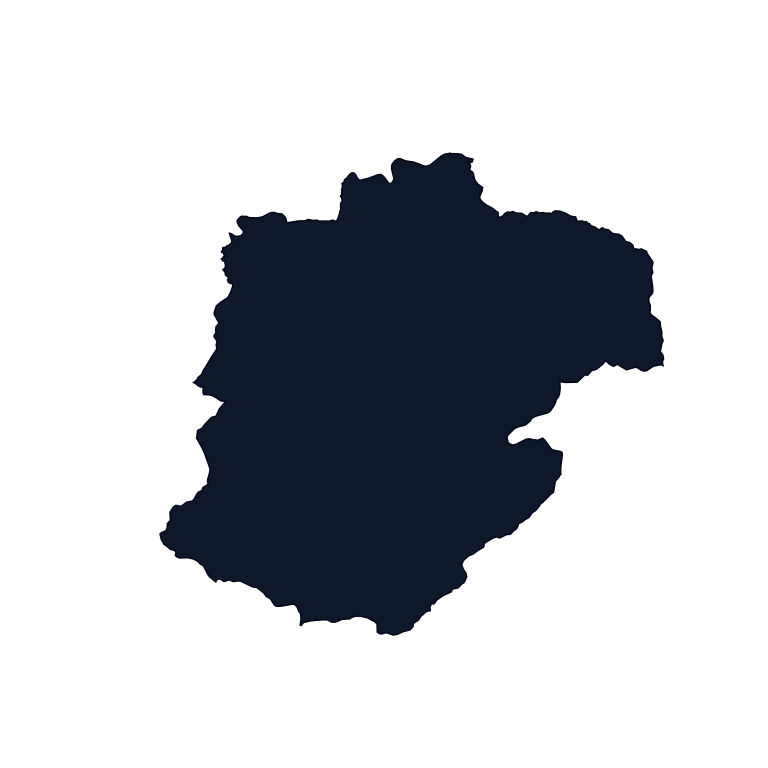 Van Ban, Lào Cai, Vietnam, rotated 306°
{"feature_id": "81297802B34365172713310", "entity_name": "Van Ban", "entity_type": "district", "adm_level": 2, "iso_a3": "VNM", "parent_name": "Vietnam", "parent_adm1": "Lào Cai", "projection": "albers", "projection_center": [104.242, 22.064], "detail": "fine", "context": "isolated", "style": "filled", "palette": "ink", "viewbox_px": 768, "rotation_deg": 306, "n_neighbors": 0, "source": "geoboundaries", "source_scale": "gbopen_adm2", "svg_char_len": 6171}
<svg xmlns="http://www.w3.org/2000/svg" viewBox="0 0 768 768"><g transform="rotate(306 384 384)"><path d="M273.2,229.1L273.6,230.8L273.4,235.7L273.9,237.5L275.3,239.4L270.5,242.8L269.6,244.4L272.3,248.6L273.6,251.7L274.3,257.2L274.3,261.0L274.9,262.9L276.9,266.0L266.7,265.5L259.6,267.0L258.4,266.5L256.3,264.5L254.5,263.9L245.7,262.8L240.9,262.7L237.7,260.8L236.5,260.7L230.0,264.3L225.6,274.0L222.7,279.2L214.8,290.8L212.7,293.4L209.6,295.1L202.4,297.7L199.8,300.4L198.6,300.3L193.9,298.4L190.7,299.4L187.7,297.5L185.9,297.2L178.6,298.1L176.5,297.6L172.4,293.8L166.5,292.0L165.2,291.1L164.1,288.1L163.4,287.0L161.0,285.9L154.5,286.2L148.1,291.3L143.8,290.8L140.1,293.2L138.1,293.7L136.7,293.6L132.9,291.3L131.0,291.0L127.1,295.5L126.2,298.0L125.0,300.1L125.0,305.8L124.6,308.0L126.3,312.6L125.5,314.6L122.6,316.0L122.4,318.4L123.1,320.8L127.9,327.0L129.1,329.3L130.5,332.9L131.1,337.4L130.4,340.9L130.8,344.8L126.4,353.3L125.5,356.0L125.0,364.0L125.1,364.3L126.3,363.8L127.2,363.8L129.2,364.8L130.1,367.5L130.0,370.0L130.6,371.1L134.4,373.6L135.6,378.2L139.2,382.1L140.3,384.0L142.6,396.8L144.6,400.8L144.3,409.3L142.9,413.9L143.5,417.1L143.3,418.8L140.8,425.1L140.7,426.7L141.2,428.0L144.0,431.6L152.2,439.4L153.1,440.8L152.7,444.3L149.8,449.1L149.1,451.7L144.9,455.2L139.7,457.9L139.7,458.6L139.9,459.0L143.4,459.0L144.1,459.4L149.6,464.2L157.5,473.3L160.0,477.1L160.6,481.7L162.9,484.8L168.9,488.3L174.1,494.5L174.7,494.4L177.2,495.7L179.6,497.7L182.5,501.6L185.2,508.4L186.3,516.9L185.5,519.7L179.3,524.4L179.5,527.5L180.7,529.3L183.6,531.3L184.5,533.0L186.3,539.0L189.3,541.9L195.0,545.1L200.4,549.6L205.0,550.0L207.4,548.4L213.2,550.6L217.8,550.4L225.3,552.2L227.8,554.6L230.6,552.3L234.0,551.5L235.7,553.8L240.0,553.6L241.3,554.0L247.5,556.2L255.1,560.4L255.7,560.6L257.7,559.9L259.0,560.5L262.5,563.7L267.8,564.5L270.9,565.5L276.4,564.3L277.4,563.5L279.0,561.6L280.9,556.7L282.5,554.6L283.0,553.3L287.5,552.0L294.1,553.2L298.9,556.1L305.0,557.9L310.1,560.3L311.2,560.3L313.4,559.1L315.2,559.2L323.7,562.9L326.4,564.9L327.6,568.2L333.6,571.3L335.0,572.5L336.2,574.1L337.5,574.8L340.8,575.0L344.5,576.2L347.4,576.0L349.9,574.9L353.8,577.0L357.6,578.0L361.2,579.7L366.6,579.5L371.1,581.1L376.0,581.4L379.4,581.1L381.1,581.9L393.0,583.7L395.9,584.8L406.0,579.8L411.5,580.2L413.2,579.8L414.8,580.3L415.6,579.4L420.2,576.1L431.3,570.0L432.8,568.9L433.3,567.8L433.0,566.2L429.8,559.2L430.0,556.6L433.2,546.8L433.4,544.2L428.6,541.3L428.0,539.5L427.0,538.4L425.2,533.8L424.0,532.9L423.3,531.7L412.7,526.2L410.7,524.5L409.5,521.4L409.6,518.7L413.3,514.7L415.6,514.3L424.8,515.8L428.6,518.0L432.5,521.4L434.4,522.6L439.5,524.0L443.2,523.7L446.9,525.5L456.9,533.4L459.7,534.4L466.0,534.3L470.0,533.6L472.6,532.5L475.2,532.8L478.8,532.0L484.0,529.1L489.2,524.9L492.0,530.0L499.0,539.2L509.3,541.1L510.9,543.6L516.8,544.1L520.5,547.1L528.4,549.3L533.1,549.6L532.6,554.3L532.9,558.0L533.5,559.5L537.0,561.0L538.0,571.9L542.4,575.2L545.4,577.7L546.0,578.8L546.4,584.2L547.5,587.1L549.5,588.8L556.6,591.4L561.3,595.6L562.7,597.5L562.9,598.9L565.6,596.1L568.7,595.4L570.5,593.6L571.3,592.7L572.6,588.5L580.0,585.1L583.0,584.4L586.3,580.2L589.2,578.4L593.3,573.6L596.3,571.3L596.7,570.2L597.1,564.5L597.0,559.9L598.1,556.9L599.8,556.3L604.2,553.1L605.5,550.8L608.7,547.9L610.3,547.5L614.7,547.8L616.7,547.2L620.8,544.0L628.2,536.7L632.3,535.8L635.3,532.4L640.1,530.4L640.8,529.7L644.3,520.1L645.6,518.5L644.5,512.7L642.2,510.8L641.6,508.5L639.9,507.2L642.7,503.3L642.8,499.4L641.3,496.1L643.5,489.4L643.2,486.1L640.9,482.1L640.1,479.9L640.7,475.0L638.8,471.3L638.9,469.2L638.0,468.4L635.8,467.9L634.9,466.4L635.0,462.8L633.8,458.6L634.0,456.9L634.5,456.2L633.9,454.5L634.3,452.1L633.0,451.1L632.2,448.2L629.6,445.2L629.8,443.4L631.8,440.9L629.6,436.6L628.7,429.8L627.2,424.7L624.7,420.8L622.6,419.7L620.5,420.1L620.3,418.6L616.9,413.9L616.1,411.8L613.4,409.0L613.3,407.1L612.6,405.8L610.4,404.4L609.1,402.1L603.9,401.5L603.4,400.1L603.0,395.1L599.9,390.3L599.4,387.4L598.9,386.5L597.1,385.3L595.9,383.0L592.5,381.4L590.4,381.5L588.0,380.5L585.9,378.5L590.0,375.4L589.6,373.9L589.9,368.2L589.0,361.9L589.1,356.7L590.1,352.9L591.0,351.9L592.8,351.0L598.4,349.6L600.9,348.3L600.9,342.5L602.0,338.5L603.5,336.1L606.4,333.1L607.4,331.4L607.6,330.3L607.2,327.5L610.6,326.3L612.1,325.0L612.9,321.5L614.0,323.7L615.2,324.8L618.2,323.9L615.3,316.9L615.3,311.6L613.7,308.5L609.5,302.4L609.7,302.0L605.3,297.8L601.9,296.3L588.2,292.6L584.9,290.1L584.1,288.8L580.9,277.4L577.2,270.4L576.0,265.1L574.1,262.6L570.3,261.4L566.0,261.5L562.5,263.7L555.8,271.6L552.6,272.1L549.9,271.7L549.2,269.5L551.3,263.6L551.8,260.6L551.6,258.3L549.8,256.1L541.3,250.5L534.9,245.1L534.6,244.6L534.7,242.1L536.9,237.4L536.9,235.1L535.8,233.8L533.5,233.0L528.6,232.8L525.9,232.0L523.7,233.0L521.5,232.2L520.4,233.6L518.2,234.9L516.1,235.6L515.1,236.7L513.9,237.1L512.7,238.4L510.4,238.4L509.6,240.4L507.7,242.6L504.5,242.8L499.4,246.5L497.4,246.9L496.0,247.8L489.9,249.7L487.8,249.6L487.1,249.0L486.5,246.3L483.6,244.0L477.5,235.5L477.0,233.1L474.9,231.0L472.5,225.9L469.4,224.0L465.8,219.2L457.5,210.9L457.7,210.1L459.8,207.8L461.0,205.6L461.6,201.6L459.2,197.4L458.1,194.0L455.2,191.0L448.4,187.8L445.6,185.6L443.6,183.4L439.8,177.8L439.1,176.3L438.9,174.6L436.1,170.3L434.0,169.4L430.0,169.1L428.5,170.4L426.6,173.8L425.3,180.0L423.1,181.5L419.9,181.1L416.7,178.0L415.9,176.1L415.9,172.5L415.2,170.5L412.4,173.7L411.1,176.1L409.0,177.7L404.4,176.7L403.3,175.6L401.6,175.6L399.6,173.5L397.3,174.9L395.7,174.7L395.1,175.6L395.8,177.2L394.5,178.3L394.3,180.5L393.9,180.5L392.7,179.2L391.0,179.6L389.6,178.9L389.5,180.3L388.8,181.2L389.7,182.6L389.5,183.9L388.4,184.1L386.8,186.2L383.8,187.3L383.0,187.4L382.5,186.4L382.0,186.4L380.9,189.8L379.1,191.6L378.9,193.5L379.2,194.7L377.9,196.1L376.3,196.2L374.9,198.2L375.0,200.7L375.9,202.0L375.8,203.0L373.4,204.4L368.2,206.0L363.4,206.7L361.7,206.7L354.1,203.8L348.5,202.5L341.9,204.7L340.3,206.2L336.4,214.7L331.8,214.4L329.0,215.8L326.9,217.8L323.1,218.1L322.2,219.0L321.3,222.0L319.8,224.4L317.5,224.9L314.1,228.1L304.0,228.6L292.9,229.7L289.4,229.7L284.4,230.9L280.2,229.7L277.1,230.2L273.2,229.1Z" fill="#0f172a" stroke="#020617" stroke-width="1.5"/></g></svg>